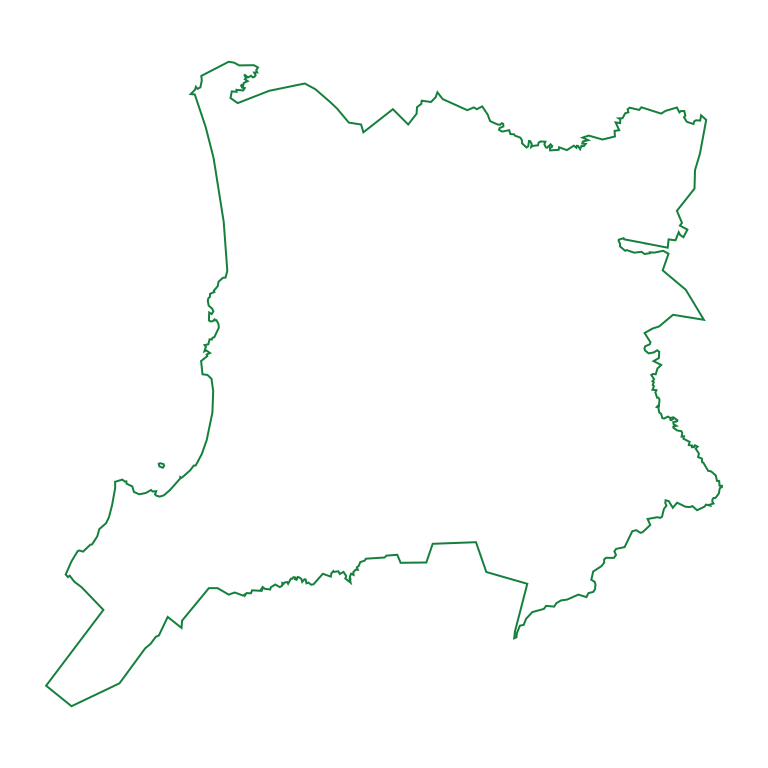 Compostela, Nayarit, Mexico (Albers equal-area conic projection)
{"feature_id": "50627088B82523169832508", "entity_name": "Compostela", "entity_type": "district", "adm_level": 2, "iso_a3": "MEX", "parent_name": "Mexico", "parent_adm1": "Nayarit", "projection": "albers", "projection_center": [-105.087, 21.114], "detail": "fine", "context": "isolated", "style": "outline", "palette": "green", "viewbox_px": 768, "rotation_deg": 0, "n_neighbors": 0, "source": "geoboundaries", "source_scale": "gbopen_adm2", "svg_char_len": 6071}
<svg xmlns="http://www.w3.org/2000/svg" viewBox="0 0 768 768"><path d="M710.2,505.6L709.7,504.7L713.5,503.5L712.3,501.7L712.5,499.4L713.5,498.0L715.5,497.9L718.8,493.6L719.8,488.2L721.9,487.1L721.9,485.8L719.5,485.7L719.2,481.1L717.0,480.9L715.8,475.5L711.1,471.4L708.1,470.8L703.4,462.7L702.2,462.3L701.9,458.6L698.1,457.1L698.9,453.5L695.7,448.7L697.6,446.6L694.9,445.3L694.0,447.1L692.0,447.2L692.2,445.6L688.8,445.1L689.6,441.9L683.4,438.7L684.0,436.3L681.6,436.6L682.3,433.3L681.4,431.2L677.0,430.4L673.4,427.7L673.3,426.6L676.4,425.8L673.7,424.3L673.2,422.3L677.2,421.2L677.4,420.3L673.4,417.3L672.1,417.6L673.0,418.9L671.4,420.2L670.5,420.0L670.1,417.9L667.9,416.6L664.0,418.6L662.3,418.0L661.1,413.8L659.3,412.6L658.3,407.4L656.8,407.0L657.9,405.8L658.9,406.2L659.5,399.7L658.5,397.7L657.1,397.7L655.4,392.4L656.4,390.2L652.5,389.8L654.0,386.3L652.7,385.0L653.8,382.2L652.5,381.3L654.1,379.3L651.3,375.0L652.7,374.0L655.7,374.3L657.5,368.4L661.2,365.0L653.6,361.1L658.9,358.0L659.2,351.8L657.1,350.3L653.9,352.4L648.6,353.4L645.1,350.5L644.4,348.4L645.3,346.2L649.7,344.4L650.5,342.3L644.6,333.0L652.4,328.6L659.2,326.4L673.0,314.8L703.9,319.8L685.8,289.8L662.7,270.4L668.5,253.7L663.2,250.8L654.5,252.6L649.8,252.3L649.9,253.2L644.6,254.0L641.5,251.8L634.3,252.7L626.7,250.1L625.2,250.8L620.0,246.4L620.1,243.9L618.6,240.7L618.8,239.7L623.6,238.2L624.1,239.3L645.7,243.4L645.9,244.4L646.1,243.5L667.7,247.7L668.6,239.4L675.5,240.3L678.7,232.2L680.2,235.0L683.4,237.2L687.4,229.6L679.9,225.6L682.0,222.9L676.9,210.8L694.5,188.6L695.0,170.2L700.0,153.4L706.2,119.9L701.1,115.3L700.2,120.6L696.0,120.3L694.3,121.3L693.4,124.0L686.8,121.8L684.0,117.2L685.4,115.6L684.2,111.0L680.8,111.1L679.4,112.4L676.9,107.5L665.5,110.9L661.2,113.6L641.4,107.3L639.2,109.9L629.6,107.7L627.6,109.3L628.4,112.3L625.3,113.2L622.5,118.2L618.9,118.4L620.3,119.2L620.1,123.1L615.6,122.4L619.2,130.2L614.6,130.9L614.9,136.5L602.5,139.5L588.7,135.6L582.6,137.6L588.2,140.2L582.8,141.5L582.3,143.5L585.7,143.9L583.8,146.2L581.4,146.0L580.1,149.2L578.0,145.9L576.9,145.8L576.4,147.7L573.8,145.7L566.9,150.1L559.1,147.3L558.7,149.8L550.1,150.4L549.9,147.4L551.6,147.3L552.2,146.0L550.6,144.3L547.0,147.7L545.9,147.5L544.4,144.3L545.4,141.7L540.3,141.5L538.6,142.7L538.0,145.3L532.7,145.9L531.2,147.0L531.7,144.1L530.2,141.2L529.0,141.0L528.2,146.3L526.5,147.5L522.1,143.4L521.9,140.2L520.4,137.7L514.9,135.6L514.0,134.3L510.4,134.1L509.2,130.2L502.0,131.6L499.0,129.8L499.7,128.0L503.4,126.4L503.2,123.9L501.8,123.2L500.0,124.8L497.4,124.4L490.1,121.1L487.7,114.6L482.2,106.4L476.8,109.2L473.8,107.4L467.3,110.2L442.7,99.1L437.4,92.3L435.6,97.3L431.0,102.0L421.7,100.7L421.3,103.9L417.0,107.2L416.6,113.7L408.2,124.5L392.9,109.2L363.4,132.3L361.1,124.5L348.8,122.6L337.1,108.6L329.9,101.8L315.2,89.1L304.8,83.5L269.2,90.8L237.7,103.1L230.5,98.0L231.8,91.4L236.6,91.8L236.5,89.8L243.2,90.5L244.7,88.1L242.4,87.8L241.1,85.7L241.6,84.9L243.2,85.8L243.7,83.0L247.7,81.1L244.9,79.3L246.0,78.2L244.2,74.5L248.0,77.4L251.1,75.8L252.8,77.4L254.3,76.9L255.6,75.3L254.1,72.5L257.2,72.5L256.2,70.2L258.0,67.5L253.9,65.2L239.2,65.4L234.0,62.6L228.6,61.8L201.3,75.9L201.8,80.3L200.4,87.3L197.6,88.9L195.9,86.8L195.1,89.6L190.7,94.1L194.8,94.5L205.7,127.1L213.6,158.1L223.7,221.8L227.3,270.8L225.5,277.6L222.9,277.8L218.6,281.6L217.6,286.4L213.8,290.7L214.4,292.0L210.1,293.8L209.9,296.9L208.3,298.3L207.8,301.0L208.7,305.6L212.1,308.6L213.4,311.3L211.7,314.1L209.2,312.5L208.9,320.4L210.3,321.4L212.5,321.3L214.5,319.5L214.7,320.4L216.4,320.2L218.4,323.7L218.8,327.8L214.3,337.2L212.6,337.7L211.8,339.5L209.6,339.3L208.3,344.3L204.6,345.1L205.9,346.8L204.4,351.3L206.2,350.4L210.0,353.0L206.7,354.5L207.3,356.1L201.1,361.0L202.5,374.3L207.4,374.9L211.5,378.8L213.2,391.2L212.4,412.6L206.7,440.1L201.8,454.0L195.7,465.5L193.7,465.6L190.2,470.3L182.6,477.0L181.3,477.9L180.3,477.1L180.1,478.6L169.8,490.2L163.7,495.4L159.7,496.6L156.5,495.7L155.0,494.4L156.2,491.2L152.5,491.5L151.1,490.0L145.8,493.0L139.2,494.3L133.9,491.9L132.3,486.4L126.6,483.7L126.3,481.3L124.8,481.6L122.3,479.6L115.1,481.8L115.2,487.8L112.1,505.0L109.0,517.1L106.1,523.2L99.3,529.1L97.3,536.3L92.0,544.5L90.3,544.7L83.1,551.6L79.3,550.5L77.7,551.1L71.4,561.5L65.7,574.5L68.0,577.1L69.7,575.7L74.4,581.8L81.6,587.2L103.4,609.9L46.1,685.7L71.5,706.2L119.5,683.3L145.2,648.3L150.6,643.8L155.7,636.9L158.9,635.4L167.7,616.9L181.5,627.9L182.1,620.6L208.9,588.1L217.5,588.1L228.7,594.6L234.8,592.5L243.2,595.6L244.5,594.6L244.9,595.6L246.5,593.1L250.9,593.3L252.1,590.3L261.6,590.9L262.2,589.5L261.2,589.2L262.7,587.0L264.8,588.8L270.1,589.5L270.9,587.2L275.3,584.5L279.8,587.1L282.1,585.8L282.3,583.0L283.6,583.9L284.4,582.5L287.2,582.1L288.1,583.8L290.9,578.7L292.4,578.7L293.4,577.2L295.4,577.5L295.0,579.2L296.5,579.8L297.9,577.0L299.5,577.6L301.4,579.0L302.2,581.9L304.5,579.3L305.6,579.4L306.5,583.3L308.4,582.6L311.1,584.7L313.5,584.3L322.8,573.8L330.8,576.6L331.4,573.3L333.3,571.1L333.9,571.9L338.3,571.3L339.8,574.0L343.5,571.9L346.2,576.1L345.3,578.5L350.6,582.7L349.7,579.0L350.4,579.1L349.9,576.9L351.0,573.7L353.6,574.9L353.3,572.1L355.8,569.6L357.8,569.8L356.9,567.3L358.7,565.9L360.3,562.1L364.7,560.6L365.9,558.7L384.6,557.5L386.4,555.6L397.3,554.8L400.6,562.8L426.3,562.5L432.7,543.8L476.0,542.2L486.3,572.0L527.3,583.8L515.0,631.3L514.2,638.3L516.4,637.3L516.9,633.1L519.9,625.7L523.7,624.8L526.1,618.8L532.3,612.1L543.9,608.9L546.1,605.9L554.2,606.6L556.3,603.2L561.1,600.4L567.1,599.6L578.4,594.6L586.4,597.1L588.5,593.1L593.3,591.9L595.0,589.2L595.5,584.3L594.6,581.7L591.3,579.8L593.2,571.5L601.5,566.1L604.2,562.6L604.1,559.5L606.0,557.8L613.9,557.9L616.0,555.0L614.4,551.4L616.1,548.9L624.6,547.1L632.3,531.2L636.3,530.2L640.4,532.8L642.6,532.2L650.3,525.0L647.6,519.0L657.3,517.2L660.1,517.9L662.0,516.8L663.9,509.0L666.4,505.7L665.3,503.0L665.6,500.3L668.7,501.1L672.8,507.8L677.1,502.7L685.4,506.7L689.8,507.1L692.4,506.1L697.1,510.2L704.6,506.6L706.0,504.6L710.2,505.6ZM160.0,463.2L158.7,463.9L159.5,466.5L162.9,467.7L164.1,465.8L163.5,464.1L160.0,463.2Z" fill="none" stroke="#15803d" stroke-width="2"/></svg>